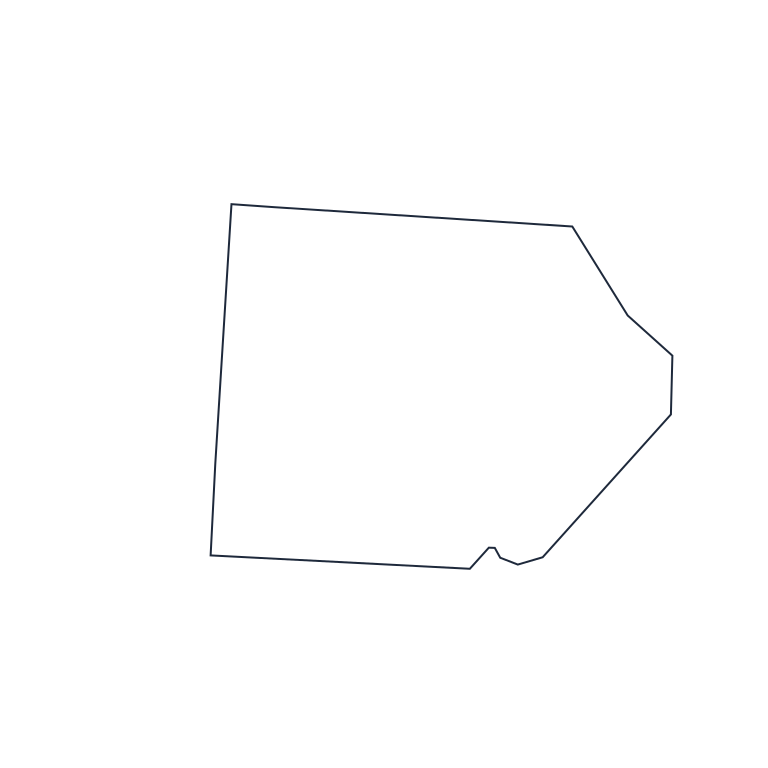 Lavaca, Texas, United States of America (Albers equal-area conic projection), rotated 133°
{"feature_id": "52423323B4330471688052", "entity_name": "Lavaca", "entity_type": "district", "adm_level": 2, "iso_a3": "USA", "parent_name": "United States of America", "parent_adm1": "Texas", "projection": "albers", "projection_center": [-96.939, 29.348], "detail": "fine", "context": "isolated", "style": "outline", "palette": "slate", "viewbox_px": 768, "rotation_deg": 133, "n_neighbors": 0, "source": "geoboundaries", "source_scale": "gbopen_adm2", "svg_char_len": 346}
<svg xmlns="http://www.w3.org/2000/svg" viewBox="0 0 768 768"><g transform="rotate(133 384 384)"><path d="M210.6,153.4L166.6,192.4L167.7,252.5L140.4,353.7L329.4,584.7L356.5,618.2L557.5,452.9L627.6,393.9L460.6,195.2L432.2,195.7L428.3,191.2L431.8,180.5L424.8,163.0L402.5,149.8L210.6,153.4Z" fill="none" stroke="#1e293b" stroke-width="2"/></g></svg>